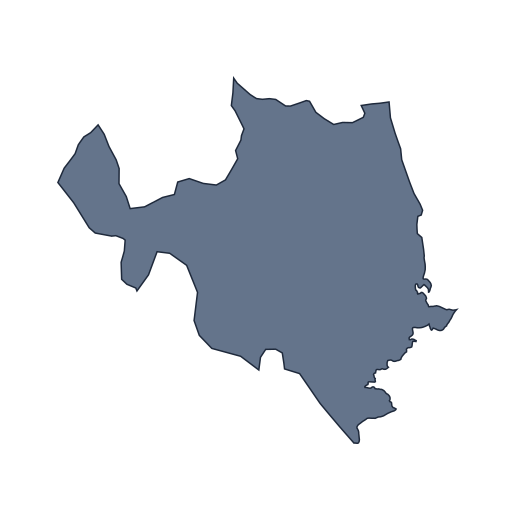 outline of Idjevan, Tavush, Armenia, rotated 97°
{"feature_id": "60910142B98300575929889", "entity_name": "Idjevan", "entity_type": "district", "adm_level": 2, "iso_a3": "ARM", "parent_name": "Armenia", "parent_adm1": "Tavush", "projection": "equal_earth", "projection_center": [45.144, 40.867], "detail": "fine", "context": "isolated", "style": "filled", "palette": "slate", "viewbox_px": 512, "rotation_deg": 97, "n_neighbors": 0, "source": "geoboundaries", "source_scale": "gbopen_adm2", "svg_char_len": 5056}
<svg xmlns="http://www.w3.org/2000/svg" viewBox="0 0 512 512"><g transform="rotate(97 256 256)"><path d="M82.2,299.8L96.9,298.8L109.7,298.8L114.5,294.4L128.6,285.1L131.3,283.4L138.3,285.1L142.8,285.1L153.8,289.1L161.7,286.0L173.2,290.8L184.2,295.6L190.4,304.0L190.4,317.2L187.3,331.7L192.1,342.7L204.9,344.5L209.3,355.9L220.8,372.6L224.3,386.7L212.8,392.0L200.9,400.8L185.9,402.5L177.6,406.5L165.2,415.3L153.7,421.5L145.1,428.7L153.7,435.1L158.8,441.4L164.5,444.5L167.2,445.9L176.5,448.0L183.2,451.8L192.2,457.1L207.2,461.6L215.6,453.2L225.4,443.4L236.1,434.8L248.3,425.0L252.8,418.4L253.8,402.3L253.9,401.9L252.9,397.6L254.8,390.0L256.2,387.8L267.1,387.3L273.8,388.3L278.7,389.1L295.5,386.5L299.5,381.1L299.8,380.7L302.4,371.4L305.2,369.9L287.8,360.4L269.7,356.1L263.8,354.7L263.8,342.0L267.1,335.9L273.7,323.7L299.2,309.6L327.6,309.6L341.7,302.6L353.1,288.6L357.4,259.0L368.8,239.3L356.0,239.2L347.5,235.0L346.1,225.1L349.0,218.1L358.9,215.3L364.6,213.9L367.4,198.4L381.6,185.8L389.1,179.2L394.4,174.5L396.5,172.3L404.2,164.1L415.5,151.9L429.8,135.9L429.5,135.1L429.6,134.1L429.5,132.4L429.0,131.5L427.4,131.0L425.7,131.0L423.6,131.5L421.3,132.0L419.7,132.4L418.3,132.6L416.7,133.2L414.3,134.9L412.9,134.9L412.5,134.7L411.0,133.9L409.1,131.9L407.2,130.0L405.1,127.4L403.6,125.9L403.1,124.2L403.0,122.6L402.9,120.9L402.7,119.6L402.6,117.9L401.8,116.6L400.9,115.0L400.4,112.7L399.3,110.3L399.1,109.9L397.4,107.7L396.1,106.0L394.1,102.7L392.8,99.9L391.7,98.7L390.8,98.3L390.4,99.2L390.0,100.1L389.8,101.4L389.2,102.0L388.2,102.9L386.8,103.2L385.1,103.6L384.4,104.4L384.3,105.3L383.4,106.0L382.6,105.6L381.6,105.5L380.0,105.8L378.8,106.5L377.7,107.7L377.1,108.5L376.8,109.6L376.1,110.5L375.2,111.3L374.5,112.1L374.0,112.7L373.5,113.9L373.1,115.0L373.2,116.6L372.9,118.0L373.2,118.6L373.2,119.1L373.2,120.3L373.2,121.6L372.4,122.1L371.7,123.0L371.6,124.0L372.1,124.9L372.6,125.5L373.1,125.8L373.4,126.9L373.3,128.4L373.1,129.6L373.1,130.8L373.2,131.8L372.4,132.1L371.4,131.4L370.6,130.4L370.0,129.3L369.0,129.1L368.5,129.4L367.3,129.1L367.0,128.0L366.9,125.9L366.8,124.4L366.7,122.9L366.2,122.2L365.4,122.4L364.4,122.8L363.1,122.7L362.7,123.3L361.7,124.0L360.7,124.2L359.4,124.9L358.5,124.6L357.9,124.2L357.5,123.1L355.8,123.0L355.1,123.0L354.8,123.0L354.0,122.4L353.8,121.7L353.8,120.9L353.8,120.6L353.8,119.6L353.5,118.5L353.0,117.9L352.5,117.0L352.8,115.8L352.8,114.6L352.6,113.5L351.5,112.1L350.3,111.0L349.7,111.9L348.7,112.5L346.9,112.8L346.4,112.8L345.8,112.9L343.7,112.5L343.2,111.2L342.8,109.5L343.0,108.5L343.7,107.0L343.7,105.7L343.4,104.6L342.6,103.0L342.5,102.6L342.3,101.8L341.5,100.4L340.8,99.6L340.0,99.6L338.5,99.1L337.8,98.8L335.9,97.6L334.0,96.3L332.8,94.9L331.5,95.0L330.2,95.4L329.0,94.6L328.4,93.6L328.3,92.8L328.3,92.5L327.9,91.4L327.3,90.4L326.2,90.2L324.9,90.2L323.0,90.2L321.7,90.0L321.4,89.4L321.4,88.4L321.4,86.8L320.5,86.7L320.2,87.6L319.5,89.1L319.4,90.4L319.4,91.2L320.3,92.7L320.3,93.6L320.2,93.6L318.8,94.1L317.7,93.6L317.4,93.2L316.7,92.4L315.3,91.1L314.3,90.7L313.2,90.7L312.5,90.9L311.8,91.1L310.3,91.6L309.1,91.9L308.1,91.6L307.7,90.8L307.5,89.2L307.6,87.4L307.4,85.5L307.0,83.5L306.4,81.8L305.2,79.5L303.8,77.3L302.4,76.0L303.3,75.6L304.6,75.2L305.4,74.6L306.6,74.2L307.5,73.5L308.2,72.9L307.8,72.2L307.0,71.8L306.0,71.4L306.3,69.8L306.8,68.0L307.0,67.6L307.4,66.3L307.6,64.4L307.3,63.1L306.8,62.1L305.8,61.0L304.4,60.4L304.2,60.2L303.2,59.6L302.1,58.3L301.1,58.2L300.3,57.8L298.2,56.5L296.1,55.7L294.4,54.8L292.7,54.2L290.1,53.4L288.0,52.4L286.2,51.4L284.8,50.4L285.2,51.4L285.4,52.4L285.8,53.9L285.6,55.6L285.3,57.7L285.6,58.8L286.1,60.0L285.9,61.2L285.3,63.0L284.3,66.1L283.8,67.6L283.5,69.5L283.4,71.0L283.8,71.8L284.0,72.8L284.5,74.1L284.6,75.3L284.8,76.6L285.2,77.6L285.2,78.5L284.4,78.8L283.6,79.1L282.3,80.3L279.8,82.0L278.8,82.2L277.5,81.6L276.7,81.8L275.1,82.6L273.8,84.0L272.3,85.8L271.9,86.9L272.1,87.7L273.0,88.2L273.3,89.1L273.8,90.1L274.0,90.9L273.4,91.2L272.3,91.2L272.0,91.6L271.4,92.0L270.7,92.4L270.4,93.2L269.5,93.6L269.2,93.7L267.5,94.1L265.9,94.3L264.7,94.1L264.2,93.6L264.2,92.6L264.7,92.1L265.8,91.7L266.8,91.3L267.4,90.8L267.6,90.2L267.8,89.2L267.1,88.4L266.3,87.8L266.1,87.7L265.6,87.2L264.8,86.6L263.9,85.8L264.2,85.0L264.7,84.7L265.0,84.1L265.7,83.2L266.5,82.1L267.4,81.3L268.1,80.8L269.7,80.5L270.8,80.3L270.5,79.7L268.8,79.2L266.9,79.0L265.5,78.6L264.0,78.4L262.2,79.1L261.1,79.9L258.9,82.3L258.2,83.5L258.2,85.1L258.5,86.4L258.2,87.3L257.1,87.5L255.3,87.3L252.4,86.7L248.9,86.4L246.0,86.7L243.4,87.2L240.5,88.1L238.4,88.7L237.3,89.0L235.4,89.0L228.9,90.5L217.4,93.7L214.1,98.6L210.0,99.4L205.1,100.2L196.9,100.2L195.2,97.0L190.3,96.2L184.6,99.4L174.7,106.8L164.0,112.5L142.7,123.1L132.0,125.5L125.5,128.8L117.2,132.9L106.1,137.8L102.5,139.4L86.9,142.7L89.3,151.7L91.0,159.8L93.8,169.9L101.0,165.4L102.5,165.7L105.3,166.4L111.9,176.5L112.9,186.3L116.0,194.9L111.4,205.0L106.1,214.1L95.9,221.7L95.6,225.0L99.0,231.8L103.0,240.1L103.5,244.9L98.2,255.5L98.2,261.9L99.7,268.7L99.7,274.7L98.4,277.5L96.4,281.6L86.8,295.7L82.2,299.8Z" fill="#64748b" stroke="#1e293b" stroke-width="1.5"/></g></svg>